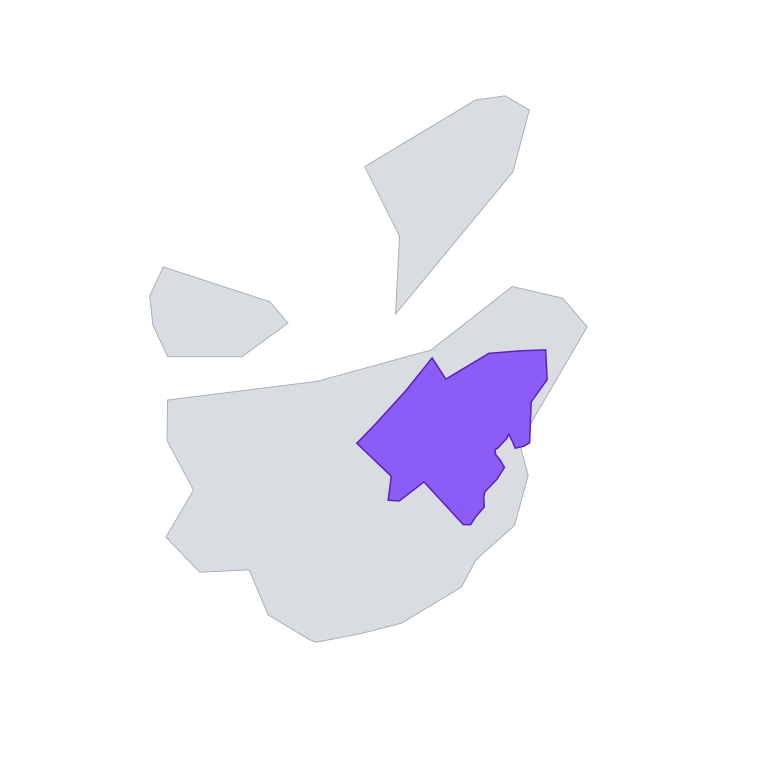 where Yuen Long sits in Hong Kong S.A.R., rotated 149°
{"feature_id": "HKG-5167", "entity_name": "Yuen Long", "entity_type": "state/province", "adm_level": 1, "iso_a3": "HKG", "parent_name": "Hong Kong S.A.R.", "parent_adm1": "", "projection": "orthographic", "projection_center": [114.043, 22.453], "detail": "fine", "context": "in_parent", "style": "filled", "palette": "violet", "viewbox_px": 768, "rotation_deg": 149, "n_neighbors": 0, "source": "natural_earth", "source_scale": "10m", "svg_char_len": 1123}
<svg xmlns="http://www.w3.org/2000/svg" viewBox="0 0 768 768"><g transform="rotate(149 384 384)"><path d="M307.5,231.5L310.5,228.6L344.9,195.6L395.6,186.0L422.3,170.1L492.1,170.0L534.9,182.8L575.3,197.7L579.2,202.6L602.2,245.7L595.3,294.2L638.8,317.5L649.7,365.1L601.9,391.2L599.1,447.3L577.8,481.7L439.8,420.7L326.1,388.9L223.9,401.5L186.7,365.5L180.3,328.4L298.2,263.8L307.5,231.5ZM288.5,580.3L159.5,580.3L131.9,568.7L118.3,544.1L164.1,499.5L338.0,438.1L294.5,502.7L288.5,580.3ZM539.5,580.1L512.9,598.0L439.5,513.3L434.9,485.7L491.6,480.6L555.3,518.8L551.8,553.5L539.5,580.1Z" fill="#d9dde1" stroke="#a8b0b8" stroke-width="1"/><path d="M227.9,330.0L241.9,303.7L267.0,292.9L289.5,258.6L296.2,258.6L304.6,261.4L303.5,268.4L302.9,276.7L307.0,274.0L319.6,270.5L322.9,270.5L324.6,265.9L323.7,259.6L323.7,250.5L336.2,244.2L353.0,239.7L357.1,235.2L361.3,227.0L369.6,224.3L374.7,222.5L382.2,218.8L388.5,222.7L394.4,251.6L400.2,279.5L431.1,275.9L440.3,282.2L425.3,301.2L437.8,347.2L413.6,353.6L368.5,367.1L329.3,381.6L328.5,356.3L278.4,356.3L249.2,341.8L227.9,330.0Z" fill="#8b5cf6" stroke="#5b21b6" stroke-width="1.5"/></g></svg>